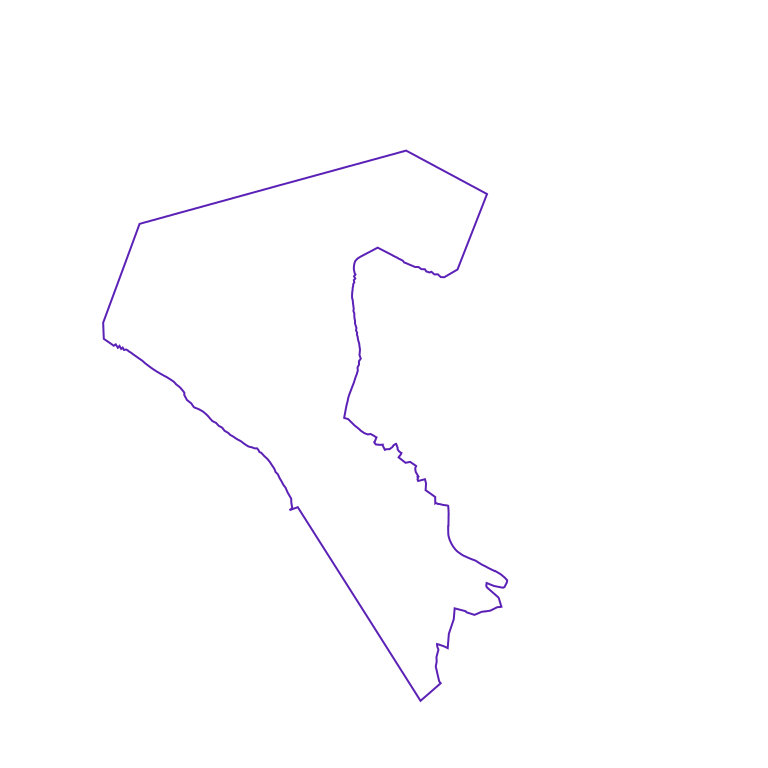 outline of Vlissingen, Netherlands, rotated 53°
{"feature_id": "6326949B17750517520147", "entity_name": "Vlissingen", "entity_type": "district", "adm_level": 2, "iso_a3": "NLD", "parent_name": "Netherlands", "parent_adm1": "", "projection": "equal_earth", "projection_center": [3.611, 51.495], "detail": "fine", "context": "isolated", "style": "outline", "palette": "violet", "viewbox_px": 768, "rotation_deg": 53, "n_neighbors": 0, "source": "geoboundaries", "source_scale": "gbopen_adm2", "svg_char_len": 5865}
<svg xmlns="http://www.w3.org/2000/svg" viewBox="0 0 768 768"><g transform="rotate(53 384 384)"><path d="M614.9,403.8L614.0,403.9L613.9,403.8L612.4,404.0L611.3,404.1L609.6,404.5L608.2,404.8L607.3,405.0L605.9,405.4L604.7,405.9L600.1,407.8L600.0,408.2L594.1,411.2L591.4,412.4L590.0,413.1L587.4,414.4L586.3,414.9L585.8,415.0L585.2,415.3L583.9,415.8L582.1,416.5L580.6,417.0L579.8,417.4L576.6,419.5L574.9,420.5L573.8,421.1L572.4,421.9L570.3,423.0L570.1,423.2L568.7,423.9L567.9,424.3L562.7,426.0L561.5,426.3L560.6,426.4L559.8,426.5L558.7,426.6L557.8,426.6L556.7,426.6L556.1,426.6L555.2,426.6L554.4,426.5L553.5,426.4L552.5,426.3L551.8,426.2L550.9,426.0L549.2,425.6L548.5,425.5L547.6,425.2L546.5,424.8L545.2,424.3L544.2,423.9L543.9,423.7L542.9,423.2L541.6,422.3L536.2,418.4L536.3,418.1L536.2,418.0L534.1,416.4L532.6,415.2L531.2,414.1L529.6,412.9L528.7,412.2L527.2,411.0L527.2,410.9L526.7,410.6L522.7,407.8L521.0,406.7L519.9,406.1L519.6,406.2L519.2,406.5L517.5,408.2L516.0,409.7L515.7,410.0L514.7,410.7L513.2,412.0L512.3,413.0L511.9,413.4L511.8,413.5L511.7,413.5L511.1,413.6L510.9,413.7L510.2,414.3L510.1,414.5L510.1,414.8L505.4,411.4L505.1,411.1L498.4,413.2L493.8,414.7L491.6,412.7L491.3,412.5L488.8,410.3L484.7,408.6L482.0,415.1L480.4,414.7L480.2,414.5L479.6,413.5L478.4,413.2L478.6,412.2L474.3,411.7L473.8,411.6L473.4,411.6L473.0,411.4L470.7,410.2L470.4,409.9L470.2,409.8L470.0,409.6L469.7,409.2L469.0,407.9L468.9,407.7L468.1,407.9L461.9,410.0L461.6,410.7L461.5,410.9L459.9,414.2L451.4,416.5L451.3,416.2L451.1,415.8L451.0,415.3L450.5,413.4L450.4,413.1L450.3,412.9L450.1,412.5L449.6,411.6L448.9,411.9L447.4,412.4L447.1,412.5L446.8,412.5L445.0,412.5L444.8,412.5L444.5,412.5L444.2,412.3L443.0,411.5L442.8,411.4L442.6,411.3L441.5,411.1L441.4,411.0L439.6,410.5L439.1,410.3L438.9,410.6L438.8,411.8L438.7,413.4L438.7,413.6L439.1,414.2L439.3,414.7L439.4,415.4L439.4,416.2L439.4,418.8L438.9,419.4L438.4,420.1L437.8,421.0L437.2,421.8L437.2,422.9L436.9,422.9L433.3,422.2L431.7,421.9L431.6,421.7L431.4,422.0L431.5,422.0L429.6,424.5L429.3,424.8L427.9,426.3L427.8,426.5L427.6,426.8L425.5,427.0L425.1,427.0L424.9,426.9L425.0,426.8L424.0,425.3L422.1,422.1L421.5,422.4L421.3,422.5L420.5,422.8L418.9,423.4L418.7,423.5L416.8,424.3L416.6,424.4L416.3,424.6L415.8,424.9L415.8,425.0L415.6,425.3L415.4,425.6L415.2,426.1L415.1,426.4L414.5,427.2L414.4,427.4L414.2,427.5L413.3,428.1L411.3,429.3L410.7,429.5L407.5,430.6L406.1,430.9L405.8,430.8L403.0,431.5L402.1,431.7L399.7,432.4L392.9,433.4L390.6,433.7L387.1,436.2L386.6,435.7L381.2,429.8L378.5,426.8L375.9,423.5L373.3,420.6L371.3,417.7L368.6,413.4L366.4,409.9L364.8,407.3L363.0,404.8L361.2,402.2L359.6,399.6L358.7,398.5L357.8,397.1L354.8,395.1L353.5,392.3L351.1,390.6L350.7,390.3L349.8,387.3L346.2,386.2L342.0,382.4L339.3,381.0L336.8,379.5L334.6,378.7L332.4,377.8L330.6,376.7L328.4,376.0L326.9,374.6L324.2,374.0L322.7,372.3L320.3,371.5L318.0,370.6L316.0,369.0L313.9,368.1L311.8,366.8L309.9,365.3L307.3,364.5L305.7,362.9L301.5,360.5L299.9,359.6L298.4,358.6L296.3,357.8L294.5,356.6L293.1,355.4L291.5,354.1L290.1,352.6L288.5,351.3L287.4,349.9L285.7,348.4L285.0,346.6L282.9,345.6L282.5,343.5L279.9,343.1L279.4,340.9L277.7,340.7L274.0,338.9L271.8,337.1L270.0,335.2L268.6,333.2L268.1,331.0L267.9,329.3L268.2,326.0L271.3,307.0L282.7,301.5L284.3,300.7L286.0,299.9L287.6,299.3L289.2,298.4L291.0,297.5L292.8,296.8L294.8,295.7L296.8,294.8L299.2,294.7L300.8,293.6L303.7,292.0L306.2,290.5L309.2,288.8L311.3,286.1L314.8,285.0L317.0,282.3L319.5,282.5L320.9,281.5L322.3,280.6L322.9,278.6L326.8,277.8L328.8,275.0L332.8,274.3L335.0,271.6L336.8,256.4L294.3,187.4L210.9,225.9L188.8,281.5L162.6,347.4L124.9,442.6L109.0,482.8L129.9,515.2L165.2,570.1L165.9,571.3L179.3,580.6L187.0,578.0L190.8,576.8L190.9,574.4L194.9,574.7L194.4,572.3L197.8,572.8L197.7,570.8L200.3,571.2L201.2,569.3L203.2,568.3L204.0,568.3L206.7,567.2L209.9,566.3L212.9,565.3L215.8,564.4L219.6,563.1L224.0,562.2L228.3,561.0L232.5,559.7L237.5,557.9L241.3,556.3L244.8,554.8L247.9,553.3L251.9,551.8L255.4,550.6L257.2,550.3L259.4,550.2L262.3,549.3L264.5,548.9L268.5,548.7L270.9,548.7L272.5,550.1L278.1,551.0L283.5,549.6L288.2,549.8L292.6,547.1L297.2,545.1L301.8,544.1L304.1,543.8L306.4,543.7L310.2,543.4L314.1,541.5L317.8,541.2L321.5,539.5L325.4,539.5L329.4,537.8L332.2,537.4L334.9,536.2L339.3,534.7L343.6,532.7L346.6,531.9L349.6,530.9L352.0,530.0L353.8,528.8L355.1,527.5L356.8,526.6L358.1,525.4L359.0,524.1L361.2,524.0L363.3,524.4L365.2,523.4L369.5,523.0L373.7,522.2L377.8,522.1L382.1,522.4L385.9,522.6L389.0,523.6L392.2,523.1L396.3,524.0L399.9,524.4L404.3,525.1L407.4,525.0L412.9,526.3L419.7,527.1L422.8,529.3L427.9,532.0L427.9,535.4L430.5,527.0L488.9,531.7L566.1,537.9L659.0,545.5L657.1,518.8L656.6,518.8L655.8,518.9L655.4,518.9L654.6,518.8L654.2,518.6L653.6,518.4L650.2,516.9L647.3,515.6L645.7,514.9L643.8,514.0L642.1,513.3L641.7,513.2L640.9,512.7L640.2,512.1L638.1,509.7L637.4,509.1L636.7,508.5L634.6,507.1L634.0,506.7L633.4,506.2L633.0,505.6L630.4,502.3L629.5,501.0L628.8,500.4L628.6,500.3L628.2,500.2L627.1,499.9L625.6,499.4L624.9,499.0L624.2,498.6L623.6,498.1L628.6,494.6L629.8,493.9L630.8,493.3L633.3,492.1L622.5,482.5L622.4,482.4L622.3,482.2L613.8,469.8L605.7,462.6L614.1,455.9L614.3,455.7L614.6,455.6L615.0,455.5L615.6,455.5L616.0,455.5L622.8,450.7L623.5,448.2L624.6,443.4L626.3,440.2L626.5,440.2L626.7,439.7L629.0,435.5L630.4,427.9L632.2,425.1L632.1,424.9L632.5,424.3L625.0,421.5L624.5,421.3L624.0,421.2L623.8,421.2L623.4,421.2L623.0,421.2L622.6,421.2L622.3,421.3L608.9,424.1L608.6,424.1L608.3,424.1L607.9,424.1L607.7,424.1L607.4,424.0L607.0,423.9L606.7,423.8L606.6,423.7L606.4,423.5L606.3,423.4L604.7,421.8L611.5,417.7L617.1,412.7L617.9,411.9L618.2,411.6L618.4,411.2L618.5,410.7L618.6,410.2L618.6,409.9L618.5,409.6L618.4,409.4L616.9,406.3L616.8,406.0L616.5,405.6L616.4,405.4L616.2,405.1L616.0,404.8L615.8,404.6L615.4,404.2L614.9,403.8Z" fill="none" stroke="#5b21b6" stroke-width="2"/></g></svg>